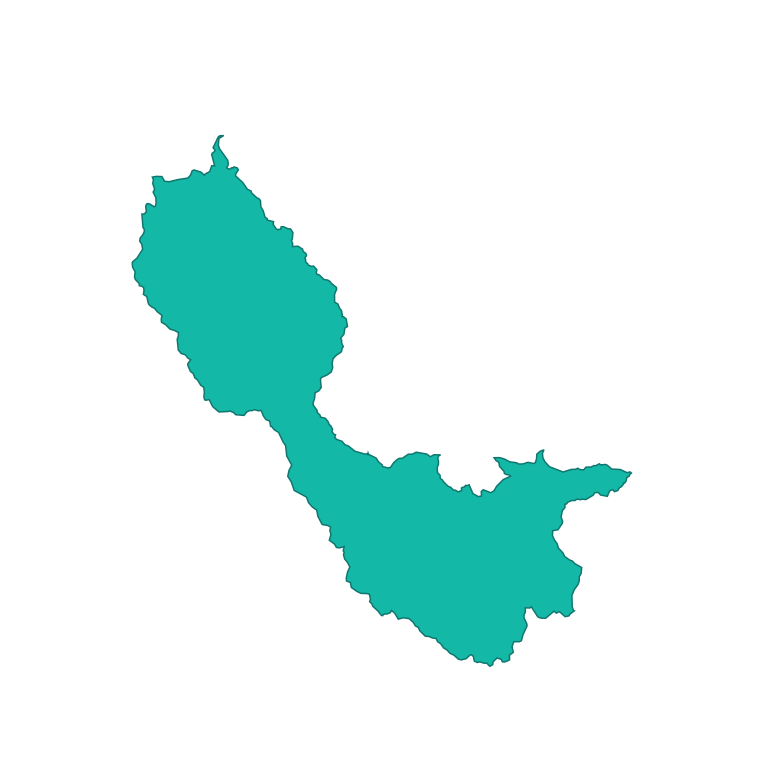 outline of Loja, Loja, Ecuador, rotated 147°
{"feature_id": "8360857B45302823884127", "entity_name": "Loja", "entity_type": "district", "adm_level": 2, "iso_a3": "ECU", "parent_name": "Ecuador", "parent_adm1": "Loja", "projection": "orthographic", "projection_center": [-79.286, -4.091], "detail": "fine", "context": "isolated", "style": "filled", "palette": "teal", "viewbox_px": 768, "rotation_deg": 147, "n_neighbors": 0, "source": "geoboundaries", "source_scale": "gbopen_adm2", "svg_char_len": 6129}
<svg xmlns="http://www.w3.org/2000/svg" viewBox="0 0 768 768"><g transform="rotate(147 384 384)"><path d="M383.3,452.1L380.3,459.1L381.3,462.5L382.5,463.4L381.0,464.8L381.1,466.2L380.1,467.2L379.7,469.5L380.0,471.5L379.1,476.2L380.8,479.5L376.7,486.1L372.2,489.2L371.3,490.9L373.4,497.2L373.4,499.3L374.6,501.8L377.4,504.2L378.8,510.6L380.4,512.4L380.3,514.1L378.1,516.4L378.8,521.2L380.8,522.2L382.8,525.1L382.5,526.5L383.3,528.8L382.0,530.9L382.0,532.7L379.1,533.8L378.4,535.6L379.6,539.4L378.8,541.4L381.1,546.4L385.9,549.1L384.1,551.5L383.6,554.5L381.8,555.7L377.9,560.7L378.0,565.0L380.0,566.5L382.6,570.6L384.5,571.9L386.4,570.1L389.3,571.6L390.0,573.0L390.0,578.3L388.2,580.3L392.7,585.1L391.9,586.2L392.9,588.7L391.0,595.0L390.7,599.8L387.7,605.1L388.0,607.7L389.1,609.0L391.0,616.1L390.4,618.3L392.5,621.7L392.7,629.8L395.1,639.2L394.4,640.7L389.5,642.9L389.4,645.2L391.6,647.8L392.7,647.4L393.9,648.3L395.7,648.0L396.8,648.5L398.2,651.0L395.1,652.8L393.2,656.7L393.8,671.0L392.9,674.4L388.7,679.8L383.1,679.7L386.5,681.6L388.6,681.4L398.6,675.3L398.3,672.1L399.7,671.3L402.7,671.0L403.6,670.1L407.2,659.3L409.6,660.9L414.5,657.1L419.2,657.5L420.9,657.0L422.2,661.6L426.8,667.0L428.7,667.3L432.6,664.5L436.5,663.6L445.8,667.8L453.9,670.6L457.6,673.5L457.3,678.9L461.8,682.1L465.6,683.7L466.1,681.0L468.8,678.0L470.3,672.2L473.1,670.7L473.9,664.4L476.8,659.6L478.9,657.7L480.1,657.7L482.6,662.8L484.0,664.1L485.3,664.2L487.1,662.8L489.5,657.9L492.5,657.2L494.5,658.4L500.8,646.7L500.8,644.7L501.6,642.8L504.5,640.7L509.1,639.2L511.1,636.9L511.0,633.2L513.1,628.4L522.7,624.1L528.1,623.4L529.2,622.7L531.2,618.9L531.6,613.7L535.0,609.5L535.6,607.1L534.6,601.3L535.7,599.8L533.7,597.7L533.1,595.6L534.6,592.8L537.0,590.2L535.3,586.5L537.8,579.9L537.8,578.2L536.7,574.7L535.3,572.7L534.8,568.2L532.9,562.5L535.8,559.3L537.0,556.9L534.8,552.6L533.6,546.6L530.5,542.9L528.4,539.2L530.3,536.3L533.1,534.1L538.0,524.6L537.5,520.1L534.6,516.5L534.5,512.9L532.9,509.6L537.7,507.8L538.5,505.9L539.5,500.0L538.3,496.6L539.3,492.1L538.2,489.0L538.4,482.9L537.0,479.4L539.0,475.2L542.1,471.2L543.0,468.5L542.4,467.5L539.1,466.1L540.0,458.4L537.7,450.5L529.5,445.7L528.1,445.5L525.6,441.8L525.1,439.0L518.5,433.9L514.0,435.3L511.1,434.8L508.9,433.4L506.9,433.2L503.9,429.9L501.4,428.7L502.6,423.0L502.4,418.5L500.1,415.1L502.1,410.4L501.3,409.1L501.0,405.5L498.8,400.8L500.2,390.4L500.1,385.9L504.8,376.5L505.6,366.2L510.7,363.3L515.0,359.0L515.1,352.2L517.3,343.7L510.6,331.4L511.9,325.6L511.1,319.8L509.1,314.9L511.5,309.1L512.4,299.9L508.1,295.8L506.7,293.1L509.2,290.6L510.5,286.6L515.0,282.7L512.7,276.7L512.9,272.8L510.4,270.7L506.0,269.3L509.1,266.3L508.9,264.8L511.0,262.8L512.3,258.6L511.8,254.5L512.3,249.1L516.8,246.3L521.5,241.6L522.7,239.1L520.3,235.8L522.2,231.1L519.7,224.8L517.3,220.9L512.0,217.2L510.8,215.5L512.5,211.1L514.6,209.2L513.9,206.3L514.5,203.8L512.7,196.9L512.3,191.4L511.2,190.4L510.4,191.0L508.5,190.7L506.8,189.5L503.1,188.8L501.1,190.1L499.8,185.9L500.1,179.0L495.1,177.4L490.8,173.6L489.3,168.4L489.4,163.9L487.8,161.2L488.4,157.6L486.7,149.9L483.7,147.7L481.7,144.6L478.9,142.2L479.4,138.6L477.9,135.3L477.8,130.2L476.1,126.8L475.3,122.1L473.0,118.4L471.5,112.7L469.4,110.5L464.7,108.9L459.4,109.9L458.4,109.5L457.4,107.0L459.2,102.4L457.5,99.7L454.7,98.6L452.4,95.5L449.9,94.0L449.0,89.6L445.6,89.4L443.8,91.6L438.4,92.7L435.7,89.2L436.0,86.4L434.1,85.1L431.2,84.5L428.9,84.3L426.4,88.3L421.7,88.5L419.8,93.8L415.5,97.2L410.8,94.1L408.6,93.9L403.8,98.2L396.0,103.0L394.9,104.8L393.8,112.1L392.2,114.1L389.6,115.8L387.5,119.3L383.6,116.7L381.8,116.9L381.8,105.6L381.3,103.9L379.2,101.6L375.9,99.5L365.1,100.9L364.2,97.9L361.6,97.8L360.7,96.9L358.8,90.2L355.2,88.8L353.3,89.7L348.0,90.1L348.5,90.7L347.4,94.7L341.6,104.3L336.4,107.9L330.7,110.1L327.8,112.2L325.2,116.0L321.7,117.9L318.2,122.4L321.9,129.6L322.4,132.9L324.3,135.5L326.5,141.1L325.9,144.7L327.1,151.6L325.8,155.4L326.0,160.3L325.3,165.1L322.4,169.1L317.4,167.0L310.4,170.0L308.9,171.7L308.0,175.9L303.4,180.6L299.4,181.9L297.9,184.6L296.1,184.0L294.4,184.8L289.9,184.0L287.5,182.3L284.8,182.3L282.2,179.9L280.5,179.5L277.7,177.2L269.2,176.8L266.2,178.0L263.4,176.3L262.8,172.9L257.9,168.2L253.4,171.2L251.3,171.4L249.5,170.2L249.4,168.2L246.1,167.3L242.8,168.8L240.7,168.6L237.7,169.6L237.2,170.4L236.2,169.9L234.2,170.5L231.3,173.3L228.4,173.2L227.2,174.3L225.0,174.5L225.5,176.3L228.4,177.2L232.4,183.6L239.3,188.6L241.1,194.6L242.1,195.9L246.2,198.1L246.9,199.8L251.1,200.2L252.2,201.2L255.6,201.6L259.8,204.3L263.3,203.2L266.3,205.6L267.3,207.8L269.6,208.1L273.8,210.5L281.7,212.6L290.3,224.5L291.4,231.3L290.9,235.7L288.9,239.5L286.1,241.4L286.4,241.9L289.9,242.6L294.1,241.9L296.9,238.1L299.8,235.7L301.7,235.7L305.9,239.9L311.0,241.3L314.5,243.4L315.8,245.8L321.0,250.3L324.0,255.7L327.3,259.4L331.8,262.2L331.7,258.6L330.4,255.8L332.0,251.9L330.9,245.1L331.7,243.7L331.1,241.9L328.2,239.2L328.1,237.8L336.0,238.9L345.3,236.9L349.2,234.8L352.1,234.4L353.9,235.0L358.4,241.3L361.0,240.8L363.3,236.9L366.3,238.3L369.1,243.7L367.5,253.1L369.6,253.5L370.9,254.6L372.6,253.7L374.6,254.7L375.8,254.5L377.0,252.3L380.6,253.2L381.9,255.9L383.6,257.3L384.3,261.1L385.9,263.1L387.3,269.3L387.3,271.8L388.3,274.1L386.7,276.9L387.4,280.4L385.1,284.8L382.2,286.9L380.4,289.5L379.4,292.5L377.0,294.0L375.1,293.7L380.7,297.5L384.7,297.7L386.3,302.0L394.2,309.3L398.4,309.7L401.9,311.9L409.1,311.7L411.6,313.3L414.0,313.5L418.9,312.7L424.0,310.5L426.4,311.4L430.1,315.5L429.6,317.4L431.0,321.6L431.0,326.3L435.3,333.5L435.0,334.7L436.0,333.7L436.2,334.7L438.1,335.5L445.0,343.5L447.7,351.5L449.9,354.4L450.4,358.8L453.9,363.3L454.4,366.1L452.3,367.8L453.5,369.5L453.5,372.6L451.8,374.0L451.4,378.3L452.1,379.2L451.4,383.2L451.9,387.3L455.2,390.7L454.6,392.9L455.3,395.4L455.3,397.2L454.5,398.2L454.8,404.8L453.7,406.8L450.2,409.6L446.5,414.2L442.6,413.7L438.6,415.2L435.2,421.8L433.4,423.6L427.0,422.6L421.7,422.8L418.1,425.7L416.3,429.5L413.0,432.9L409.0,434.0L402.6,434.2L401.4,434.8L400.1,436.5L397.8,437.5L397.1,441.9L395.7,443.6L395.6,445.9L390.5,447.6L386.4,452.2L383.3,452.1Z" fill="#14b8a6" stroke="#0f766e" stroke-width="1.5"/></g></svg>